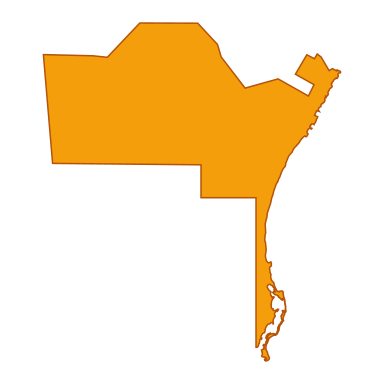 outline of Tulum, Quintana Roo, Mexico
{"feature_id": "50627088B89843068192047", "entity_name": "Tulum", "entity_type": "district", "adm_level": 2, "iso_a3": "MEX", "parent_name": "Mexico", "parent_adm1": "Quintana Roo", "projection": "mercator", "projection_center": [-87.448, 20.147], "detail": "fine", "context": "isolated", "style": "filled", "palette": "amber", "viewbox_px": 384, "rotation_deg": 0, "n_neighbors": 0, "source": "geoboundaries", "source_scale": "gbopen_adm2", "svg_char_len": 6021}
<svg xmlns="http://www.w3.org/2000/svg" viewBox="0 0 384 384"><path d="M319.3,111.5L318.5,110.3L318.4,109.3L318.6,108.4L319.5,107.3L321.0,106.5L320.9,105.2L321.5,104.0L322.7,103.6L323.2,102.8L323.6,102.7L323.9,102.2L324.2,102.1L324.2,101.7L324.6,101.3L325.1,100.1L324.6,99.1L324.7,98.2L325.3,97.9L325.9,97.9L326.2,97.6L326.0,97.0L325.4,96.4L325.5,96.0L325.9,95.9L326.6,96.2L327.5,95.8L328.3,94.0L328.0,93.2L328.2,91.6L329.1,90.5L329.6,89.0L330.9,87.8L331.5,87.6L332.0,86.9L332.2,86.0L331.6,85.2L331.4,83.7L332.0,83.2L331.9,82.7L332.1,82.2L333.1,81.5L333.6,80.2L335.2,78.9L335.5,78.3L336.3,78.0L336.8,78.5L337.4,78.1L338.4,75.9L337.8,74.7L338.1,73.7L339.0,73.0L340.3,72.9L340.6,72.2L340.2,71.8L340.3,71.4L337.1,69.9L336.7,70.9L332.5,68.6L329.1,70.6L321.1,57.0L317.2,54.0L314.5,58.7L306.8,54.8L295.4,74.2L314.0,84.7L308.4,96.0L278.1,78.9L245.1,88.1L221.2,57.0L217.5,44.5L197.7,23.2L139.8,23.0L107.3,57.3L93.1,55.8L43.4,54.6L52.6,163.4L201.0,164.8L201.0,197.7L256.0,197.7L256.0,347.3L256.9,347.4L257.9,346.7L258.0,346.2L258.6,345.6L258.7,343.8L259.3,343.3L259.5,342.7L259.9,339.4L260.4,339.0L261.4,339.3L261.4,338.7L261.9,338.3L261.9,338.1L261.2,338.0L260.9,337.3L261.3,335.5L262.8,333.3L264.4,332.7L264.6,332.4L264.9,331.5L265.5,328.1L267.2,325.0L268.1,324.2L269.9,323.8L270.6,323.0L271.4,322.6L272.4,322.7L273.1,323.4L273.2,324.0L273.4,323.9L273.1,320.7L273.7,318.4L275.2,316.4L275.2,315.8L274.9,315.6L275.0,315.4L274.5,314.4L274.5,313.5L275.7,311.6L276.2,311.4L277.1,311.5L277.9,310.7L278.5,309.4L277.9,309.4L277.4,309.2L277.0,309.8L276.2,310.2L275.4,310.2L275.0,310.5L274.2,310.7L273.3,310.4L273.0,309.7L273.2,308.9L272.2,308.7L271.7,308.2L271.3,307.3L271.2,305.4L271.0,305.2L271.3,304.4L271.0,303.9L271.5,302.8L271.5,301.5L272.4,299.6L273.2,298.3L273.5,298.1L273.8,297.3L274.1,297.1L273.8,296.8L273.4,296.8L273.6,297.1L273.4,297.6L272.7,297.9L272.1,297.7L271.5,296.7L271.4,295.9L270.8,295.3L270.5,293.3L270.5,292.8L271.0,292.0L270.7,291.5L269.2,290.5L267.3,287.5L267.3,286.2L268.0,285.0L269.3,284.4L270.0,284.3L270.9,285.1L272.3,285.7L272.4,286.1L273.1,286.6L273.3,287.4L274.1,287.4L274.4,288.2L274.2,288.6L274.5,289.1L274.2,289.5L274.6,289.6L274.1,290.1L274.2,290.4L274.6,290.6L274.5,290.9L274.9,291.3L274.1,291.3L274.1,291.8L274.3,292.0L273.5,292.1L273.5,291.7L273.4,291.7L273.1,292.1L273.2,292.3L272.8,292.5L273.6,293.6L274.6,294.1L274.7,294.5L275.3,294.8L277.3,295.1L277.8,295.8L277.9,295.6L278.3,295.8L278.4,296.6L278.5,296.9L278.8,296.7L279.0,297.3L279.5,297.9L280.5,298.5L281.0,299.3L281.8,299.9L283.2,300.3L282.7,299.8L282.7,299.3L282.4,298.9L282.9,298.9L283.1,299.4L283.4,299.4L283.5,298.5L283.2,298.1L283.4,297.9L283.7,298.0L283.8,298.5L284.0,298.9L283.7,299.2L283.8,299.5L284.2,299.7L284.7,300.7L284.5,301.5L284.8,301.9L284.8,303.7L285.5,307.0L285.2,309.4L285.4,309.8L285.5,310.8L284.3,311.1L283.6,310.6L282.5,310.5L282.3,310.7L282.6,311.6L282.8,311.0L284.6,311.3L283.5,312.1L283.3,312.5L282.8,313.0L282.8,313.4L282.5,313.9L281.8,314.3L281.7,314.7L281.9,315.1L281.8,315.4L280.9,316.1L281.5,317.6L281.3,318.3L281.7,319.4L282.3,319.7L282.4,320.2L281.3,321.7L280.4,323.4L278.9,325.2L278.5,326.5L277.9,327.1L277.7,328.3L277.9,329.4L276.9,332.5L276.9,333.2L276.6,333.3L276.6,333.7L276.3,333.9L275.4,334.0L273.1,333.5L272.7,333.8L271.0,333.8L270.2,333.0L269.8,333.5L270.2,333.4L270.2,334.1L269.7,334.0L269.7,334.3L267.9,335.7L267.8,336.6L267.6,336.5L267.7,335.7L269.1,334.4L268.9,333.9L268.6,333.7L267.8,334.2L266.6,335.7L266.6,336.0L266.3,336.1L266.1,336.9L266.6,337.4L266.2,337.4L265.9,337.8L266.6,337.9L267.1,338.3L266.6,338.4L266.7,338.8L267.7,338.6L267.7,338.9L266.7,339.2L267.1,340.4L266.9,340.8L266.5,340.8L266.4,341.3L266.0,341.6L265.8,342.5L265.4,342.8L266.0,342.7L266.0,342.9L265.7,344.0L264.5,344.4L264.5,345.4L263.8,345.5L263.4,344.9L263.1,345.4L263.1,345.7L263.8,346.1L264.2,346.9L263.8,347.7L264.1,347.9L263.9,348.5L264.1,349.0L263.4,349.3L262.7,349.2L261.4,350.1L262.0,351.7L261.9,352.0L262.3,352.6L262.3,353.4L262.3,354.3L261.7,356.0L261.8,356.5L263.2,357.0L265.0,357.1L265.3,357.3L265.3,357.7L266.4,357.9L266.4,359.0L265.4,359.4L264.1,359.1L264.7,359.6L264.7,360.3L265.8,361.0L266.8,360.8L268.4,360.0L269.0,359.4L269.4,358.3L269.0,356.8L268.6,356.4L268.4,355.4L267.9,354.6L267.3,352.0L266.6,350.8L265.9,348.9L266.0,346.2L266.6,344.1L267.2,343.2L267.3,342.4L267.2,342.0L267.8,341.9L268.7,339.0L270.0,337.5L273.2,335.5L273.7,335.3L275.6,335.2L277.0,334.2L278.9,330.4L279.5,326.7L280.1,325.3L281.8,323.2L282.5,321.5L283.6,320.8L283.2,319.8L283.0,318.3L284.1,315.3L284.4,315.0L284.9,312.9L285.2,312.3L285.9,311.8L286.0,310.9L285.6,309.0L285.7,306.3L285.0,302.6L284.9,300.9L284.7,299.6L283.9,297.4L283.1,293.6L283.2,292.3L282.8,291.3L281.5,290.9L280.9,291.2L279.5,291.2L279.3,291.7L278.2,291.6L277.0,290.7L276.0,289.4L276.1,289.1L275.0,287.3L275.0,286.9L274.0,284.5L274.0,283.1L271.5,280.1L270.9,278.3L270.7,275.9L271.0,274.4L270.0,272.4L270.1,272.1L269.9,271.6L269.9,270.4L269.5,268.1L269.8,267.1L271.4,265.8L271.3,264.3L271.4,263.5L271.0,262.0L270.5,262.0L269.1,262.8L268.2,262.7L267.7,262.3L266.9,261.4L266.1,259.7L265.3,255.9L266.2,250.0L265.5,242.5L264.7,240.2L265.2,234.6L265.7,232.8L265.2,224.1L266.1,219.9L266.9,217.4L267.3,213.2L270.7,202.9L271.6,198.4L272.9,194.6L273.7,191.2L276.2,184.2L277.4,182.1L277.7,182.0L277.7,181.4L278.1,180.9L278.6,179.2L279.0,178.7L279.0,178.4L279.2,177.9L279.7,177.2L281.9,171.2L283.3,168.5L284.7,167.0L285.3,166.0L285.6,165.0L285.7,163.4L288.8,155.8L292.1,152.1L292.9,150.2L294.6,147.5L297.0,145.2L297.0,144.8L297.4,144.4L298.4,143.7L300.7,140.0L303.4,136.9L304.8,136.0L306.0,136.8L306.6,136.5L307.9,134.5L308.0,133.7L307.3,133.0L306.9,132.2L307.7,129.9L308.6,128.9L309.5,128.4L310.4,128.5L311.3,129.1L312.0,128.4L311.8,128.1L311.2,128.0L310.6,128.3L310.4,128.2L310.0,127.3L309.8,127.3L309.8,126.2L310.0,126.0L310.4,126.1L310.7,125.9L310.9,125.3L310.7,125.0L311.5,123.9L312.8,123.9L314.0,124.7L314.3,123.8L315.1,122.9L315.8,121.6L316.7,118.8L317.2,118.2L317.7,116.7L314.6,115.4L316.7,110.7L319.3,111.5Z" fill="#f59e0b" stroke="#b45309" stroke-width="1.5"/></svg>